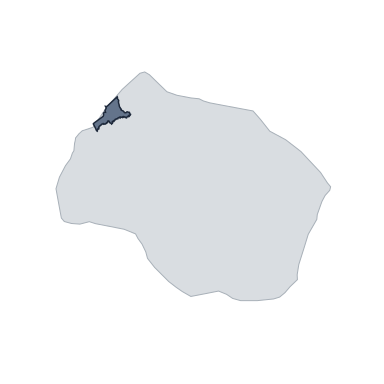 Siloe, Mohale's Hoek, Lesotho (highlighted), rotated 69°
{"feature_id": "5366337B49038686470651", "entity_name": "Siloe", "entity_type": "district", "adm_level": 2, "iso_a3": "LSO", "parent_name": "Lesotho", "parent_adm1": "Mohale's Hoek", "projection": "mercator", "projection_center": [27.347, -29.998], "detail": "fine", "context": "in_parent", "style": "filled", "palette": "slate", "viewbox_px": 384, "rotation_deg": 69, "n_neighbors": 0, "source": "geoboundaries", "source_scale": "gbopen_adm2", "svg_char_len": 4833}
<svg xmlns="http://www.w3.org/2000/svg" viewBox="0 0 384 384"><g transform="rotate(69 192 192)"><path d="M249.1,253.9L239.1,257.0L237.8,257.3L231.4,256.6L222.8,257.3L216.1,259.1L210.9,259.7L202.4,268.8L187.0,293.4L182.9,298.5L181.8,308.2L178.2,315.8L173.8,321.8L169.5,323.3L156.6,320.9L140.2,317.8L130.6,310.4L122.0,300.6L117.5,293.6L112.8,289.7L111.2,287.5L104.5,284.2L102.0,282.5L99.8,281.3L97.1,276.6L95.5,272.5L96.1,261.2L91.4,254.4L83.3,242.8L78.2,233.3L71.2,220.4L66.9,209.4L62.5,198.0L63.0,193.1L67.3,189.7L79.7,184.0L89.4,179.5L96.3,171.4L103.8,159.3L107.5,152.0L111.1,148.7L115.1,143.5L122.1,132.2L129.9,119.5L138.2,106.0L148.7,102.1L163.1,97.6L176.8,85.8L193.3,75.8L219.8,65.0L232.1,62.3L236.8,60.7L239.8,62.8L242.9,68.9L247.4,74.1L257.9,83.1L262.3,85.3L273.1,98.6L284.7,107.7L298.0,118.3L307.0,123.5L311.6,125.0L315.5,134.3L319.3,141.3L321.5,147.8L321.1,154.1L316.9,169.7L310.8,185.6L305.9,192.2L299.9,196.4L294.0,202.7L291.8,215.4L289.1,230.5L281.5,236.7L275.5,240.8L267.3,245.8L249.1,253.9Z" fill="#d9dde1" stroke="#a8b0b8" stroke-width="1"/><path d="M99.7,242.7L99.5,242.1L99.4,241.8L98.9,241.6L99.0,241.4L98.9,241.2L98.4,241.1L98.1,241.1L97.9,241.0L97.8,240.8L97.7,240.5L97.6,240.4L97.5,240.0L97.7,239.9L97.7,240.0L97.8,240.1L98.0,239.9L98.1,239.7L97.9,239.5L97.7,239.8L97.7,239.7L97.6,239.4L97.3,239.3L97.3,239.2L97.6,238.8L97.5,238.7L97.4,238.6L97.2,238.3L97.1,238.2L96.9,237.9L97.0,237.6L97.1,237.4L97.0,237.2L96.7,237.3L96.7,237.1L96.7,236.8L96.6,236.6L96.6,236.4L96.8,236.2L96.7,235.7L96.8,235.6L97.0,235.4L97.0,235.2L96.8,235.3L96.8,235.2L96.6,234.8L96.5,234.7L96.3,234.3L96.2,234.2L96.3,233.6L96.3,233.4L96.5,233.2L96.6,232.9L96.9,232.9L97.0,232.8L97.1,232.7L96.9,232.6L96.9,232.4L96.8,232.2L96.5,232.2L96.4,232.2L96.5,232.0L96.6,231.8L96.4,231.7L96.5,231.4L96.8,231.2L97.0,231.0L97.1,230.9L97.2,230.6L97.3,230.5L97.4,230.4L97.2,230.3L97.2,230.2L97.3,230.1L97.1,230.0L97.1,229.8L97.0,229.7L96.9,229.6L97.0,229.4L97.3,229.2L97.1,229.1L97.0,228.9L97.3,228.4L97.6,228.2L97.8,227.9L97.9,228.0L98.0,228.0L98.2,227.9L98.3,227.8L98.4,227.6L98.6,227.6L98.7,227.4L98.7,227.2L98.8,226.9L98.7,226.8L98.8,226.6L99.0,226.6L99.3,226.6L99.3,226.4L99.0,226.2L98.9,226.1L98.8,225.9L98.7,225.6L98.5,225.4L98.4,225.3L98.3,225.1L98.4,224.9L98.6,224.6L98.6,224.3L98.5,224.2L98.8,224.2L98.7,223.8L98.7,223.7L98.9,223.5L98.8,223.4L98.8,223.5L98.6,223.4L98.5,223.2L98.4,223.2L98.2,223.2L98.1,222.9L98.3,222.5L98.3,222.4L98.2,222.3L98.1,222.2L97.8,221.9L97.5,221.5L97.4,221.5L97.2,221.8L97.0,222.0L96.9,222.0L96.3,222.0L96.0,221.9L95.2,221.9L95.1,222.0L95.1,222.5L94.1,223.4L94.1,223.6L93.9,224.1L93.9,224.3L94.1,224.7L94.3,225.1L94.3,225.4L94.2,225.7L93.9,226.2L93.9,226.3L93.8,226.5L93.6,226.7L93.4,226.7L92.9,226.7L92.3,227.0L92.1,227.0L91.9,227.1L91.6,227.4L91.4,227.5L91.2,227.7L91.1,227.9L91.0,228.0L90.9,228.1L90.7,228.3L90.4,228.5L90.0,228.7L89.9,228.7L89.8,228.8L89.7,228.7L89.5,228.4L89.4,228.4L89.1,228.6L88.7,228.6L88.4,228.8L87.8,228.8L87.6,228.8L87.2,229.0L86.4,229.1L85.9,229.1L84.5,228.8L84.3,228.8L83.8,228.7L82.8,228.7L82.6,228.6L82.3,228.5L81.8,228.5L81.4,228.4L81.2,228.3L80.9,227.9L80.7,227.8L80.4,227.7L79.8,227.7L79.5,227.8L78.3,228.1L78.1,228.2L77.8,228.3L77.6,228.2L77.2,227.8L77.0,227.7L76.7,227.7L76.3,227.7L78.9,234.1L80.6,238.2L81.5,240.4L81.5,240.8L81.6,241.3L81.6,241.5L81.1,241.9L81.0,242.1L82.8,241.9L83.2,242.3L84.2,243.4L84.4,243.6L84.8,244.0L86.6,244.2L86.2,245.0L86.5,246.2L86.8,246.4L87.6,246.7L87.9,246.7L88.5,247.0L88.9,247.2L89.0,247.3L89.4,247.7L89.6,248.0L90.4,251.0L91.9,256.5L92.5,258.7L93.0,259.7L93.5,259.7L94.2,259.7L94.6,259.5L95.6,259.5L96.6,259.4L96.9,259.3L98.7,259.2L99.0,259.2L99.3,259.2L99.8,259.2L100.4,259.1L101.3,258.7L101.2,258.5L101.0,258.4L100.8,258.5L100.7,258.6L100.3,258.3L100.2,258.2L99.9,257.8L99.8,257.7L99.8,257.4L99.7,257.3L99.4,257.2L99.5,257.0L99.6,256.9L99.7,256.6L99.3,256.5L99.0,256.2L99.0,255.9L98.9,255.8L98.7,255.9L98.4,255.9L98.3,256.0L98.2,256.0L98.1,255.8L98.0,255.7L97.8,255.5L97.7,255.4L97.5,255.1L97.4,254.8L97.2,254.6L97.2,254.4L97.2,254.2L97.3,254.1L97.3,253.9L96.9,253.5L96.8,253.3L96.9,252.7L96.7,252.3L96.4,252.1L96.3,251.8L96.3,251.7L96.5,251.2L96.5,250.9L96.4,250.9L96.3,250.6L96.2,250.4L96.3,250.3L96.7,250.3L96.9,250.2L97.0,250.2L97.0,249.9L97.3,249.3L97.2,249.2L97.1,248.9L97.4,248.6L97.5,248.5L97.5,248.3L97.4,248.2L97.2,248.0L97.2,247.7L97.3,247.3L97.3,247.1L97.1,246.9L97.1,246.7L96.9,246.6L96.8,246.8L96.7,246.8L96.7,246.7L96.8,246.5L96.8,246.4L96.7,246.2L96.6,245.8L96.3,245.7L96.2,245.4L95.9,245.5L95.8,245.4L95.9,245.2L95.7,245.2L95.7,244.8L95.6,244.7L95.7,244.4L95.8,244.3L96.1,244.1L96.3,244.0L96.5,243.9L97.0,244.0L97.3,244.0L97.7,244.1L97.8,244.0L97.8,243.9L98.0,243.6L98.5,243.4L98.6,243.2L98.9,243.0L99.0,243.0L99.1,242.9L99.2,242.6L99.3,242.6L99.6,242.7L99.7,242.7Z" fill="#64748b" stroke="#1e293b" stroke-width="1.5"/></g></svg>